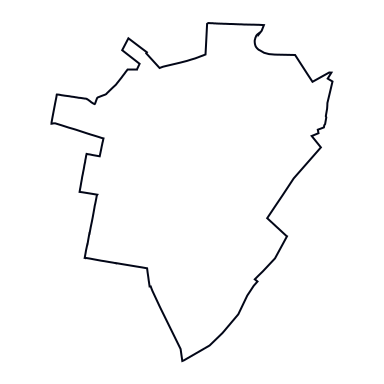 the district of Oinacu, Giurgiu, Romania
{"feature_id": "2599482B44052699219659", "entity_name": "Oinacu", "entity_type": "district", "adm_level": 2, "iso_a3": "ROU", "parent_name": "Romania", "parent_adm1": "Giurgiu", "projection": "equal_earth", "projection_center": [26.022, 43.945], "detail": "fine", "context": "isolated", "style": "outline", "palette": "ink", "viewbox_px": 384, "rotation_deg": 0, "n_neighbors": 0, "source": "geoboundaries", "source_scale": "gbopen_adm2", "svg_char_len": 3973}
<svg xmlns="http://www.w3.org/2000/svg" viewBox="0 0 384 384"><path d="M263.9,25.1L258.7,24.8L257.5,24.8L254.5,24.7L252.2,24.7L249.7,24.6L248.1,24.6L245.5,24.5L243.7,24.5L240.7,24.3L238.9,24.3L236.1,24.2L234.2,24.1L231.5,24.0L229.8,24.0L227.5,23.9L225.7,23.8L223.9,23.8L222.3,23.7L221.0,23.7L219.4,23.6L218.3,23.6L217.2,23.5L216.4,23.5L215.7,23.4L214.8,23.4L214.0,23.4L213.4,23.3L212.8,23.2L212.3,23.2L211.6,23.2L210.7,23.2L210.0,23.1L209.4,23.1L208.9,23.0L208.7,23.0L208.4,23.1L208.2,23.2L207.9,23.3L207.5,23.4L207.3,23.5L207.3,23.4L207.3,23.2L207.1,23.8L205.9,47.4L205.5,54.5L195.2,58.4L191.1,59.6L187.0,60.9L180.0,62.7L173.2,64.3L166.8,65.8L163.1,66.7L161.4,67.3L159.6,68.0L146.2,53.3L146.5,52.8L146.9,52.3L141.7,48.4L128.4,38.3L122.3,50.0L122.2,50.2L126.5,53.6L134.6,59.9L139.6,63.8L137.8,67.6L137.2,68.9L136.9,69.4L136.9,69.5L136.6,69.5L134.4,69.5L131.3,69.5L129.6,69.5L127.6,69.5L127.3,69.9L126.7,70.7L125.9,71.7L125.3,72.5L124.9,73.1L124.0,74.3L122.9,75.7L121.6,77.5L120.4,79.0L119.3,80.4L118.2,81.8L116.9,83.4L116.4,84.1L116.1,84.5L115.6,85.0L114.3,86.2L113.2,87.2L111.1,89.2L110.2,90.1L109.2,91.0L108.9,91.4L107.8,92.4L107.0,93.2L106.2,94.1L105.8,94.3L105.0,94.7L103.3,95.3L101.2,96.1L99.2,96.9L98.1,97.3L97.7,97.5L97.4,97.8L97.1,98.1L96.9,98.6L96.3,100.2L95.9,101.3L95.2,103.3L94.9,103.8L94.8,104.0L94.7,104.1L94.1,103.9L93.3,103.5L92.0,102.7L91.1,102.1L90.2,101.3L89.5,100.8L88.3,99.9L87.7,99.5L87.3,99.3L87.0,99.2L86.8,98.9L86.5,98.8L85.5,98.6L84.8,98.6L84.3,98.5L82.3,98.2L81.1,98.0L80.3,97.9L78.8,97.8L76.7,97.4L75.2,97.2L74.3,97.0L72.9,96.8L71.8,96.7L70.7,96.5L69.1,96.2L68.2,96.1L67.3,96.0L66.6,95.9L64.9,95.7L63.6,95.5L62.3,95.3L61.5,95.2L60.7,95.0L59.1,94.7L58.2,94.6L57.1,94.5L56.8,94.5L56.7,94.9L56.4,97.0L55.1,103.5L52.5,117.2L51.6,122.2L51.5,123.1L51.5,123.7L51.9,123.6L52.5,123.6L53.7,123.3L54.5,123.3L55.1,123.3L61.9,125.4L68.7,127.6L72.9,128.8L75.9,129.7L83.8,132.3L85.9,133.0L89.3,134.1L89.5,134.1L89.9,134.3L90.9,134.6L93.6,135.4L95.9,136.1L99.1,137.1L101.8,138.0L103.5,138.4L103.2,139.6L102.8,141.6L102.5,142.7L102.1,144.7L101.8,146.0L101.2,149.1L99.7,156.3L92.9,155.1L90.1,154.5L88.8,154.3L88.6,154.3L86.6,153.9L86.3,155.2L86.2,155.5L86.0,156.6L85.8,157.9L85.3,160.3L85.1,162.0L84.5,164.7L84.3,165.8L84.1,167.1L83.7,169.4L83.2,171.8L82.8,174.0L82.5,175.4L82.2,176.8L81.8,179.4L81.4,181.6L81.2,182.6L80.9,184.5L80.4,187.4L80.1,188.9L79.6,191.9L82.6,192.3L85.7,192.8L91.3,193.7L97.3,194.7L97.0,195.2L96.9,195.4L96.7,196.2L96.6,196.4L96.5,197.1L96.4,197.8L95.9,200.3L95.7,201.4L95.3,203.4L94.8,205.5L94.5,207.2L94.5,207.3L94.4,207.9L93.5,213.0L92.7,217.4L91.8,222.0L90.8,226.8L89.8,232.2L89.6,233.4L89.4,233.3L88.3,239.5L87.8,242.5L87.4,244.8L87.3,245.0L87.2,244.9L86.5,248.2L86.0,250.5L85.5,253.5L84.7,257.9L85.0,257.9L85.5,258.1L85.6,257.9L89.4,258.5L91.1,258.8L93.1,259.2L101.2,260.7L104.5,261.2L108.5,261.9L112.8,262.6L114.9,263.0L116.1,263.3L116.1,263.1L120.7,263.9L135.8,266.4L142.0,267.4L147.1,268.3L147.6,272.4L148.3,277.2L148.8,281.1L148.9,281.5L149.6,286.5L150.7,286.4L151.5,288.6L152.5,291.1L152.6,291.3L159.6,306.3L161.3,309.8L180.6,349.0L182.3,361.0L183.8,360.4L209.6,345.5L222.6,332.9L238.3,314.3L247.3,295.5L250.1,291.3L253.7,285.8L257.5,281.5L254.8,279.3L258.7,275.4L262.9,271.3L275.0,258.4L287.0,236.3L286.8,236.2L286.6,236.1L282.7,232.5L267.2,218.2L274.8,206.8L282.5,195.4L293.7,178.4L307.3,162.9L320.9,147.4L311.7,136.0L313.7,135.2L318.5,133.2L317.8,129.7L320.8,128.6L323.9,127.4L324.3,125.2L325.1,124.1L326.3,117.4L325.8,116.1L326.0,115.3L326.1,114.5L327.1,108.7L327.3,105.9L327.4,103.0L329.6,93.8L332.5,81.5L327.7,78.6L331.4,72.6L329.2,72.5L312.5,81.8L307.7,74.5L295.1,55.0L275.0,54.6L269.0,54.1L264.1,52.8L260.5,50.7L259.2,50.0L258.7,49.8L257.8,49.0L257.0,48.2L256.2,47.2L255.7,46.4L255.3,45.3L255.0,44.2L254.8,43.0L254.7,41.7L254.7,40.7L254.8,40.0L255.1,39.0L255.4,37.8L255.9,36.7L256.3,35.7L256.6,35.3L257.2,34.6L257.8,34.1L258.7,33.4L258.7,34.5L261.7,30.7L263.9,25.1Z" fill="none" stroke="#020617" stroke-width="2"/></svg>